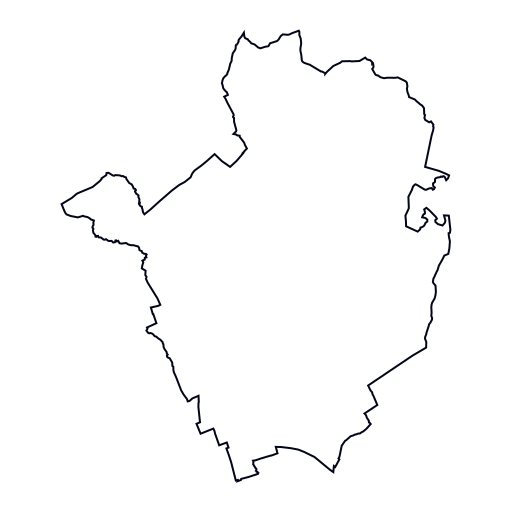 the district of Parjol, Bacau, Romania
{"feature_id": "2599482B60535260634621", "entity_name": "Parjol", "entity_type": "district", "adm_level": 2, "iso_a3": "ROU", "parent_name": "Romania", "parent_adm1": "Bacau", "projection": "albers", "projection_center": [26.599, 46.592], "detail": "fine", "context": "isolated", "style": "outline", "palette": "ink", "viewbox_px": 512, "rotation_deg": 0, "n_neighbors": 0, "source": "geoboundaries", "source_scale": "gbopen_adm2", "svg_char_len": 5980}
<svg xmlns="http://www.w3.org/2000/svg" viewBox="0 0 512 512"><path d="M366.4,428.8L370.7,424.0L369.5,422.5L368.9,422.4L368.8,420.6L366.8,417.7L366.4,416.1L365.7,414.8L364.5,413.5L377.3,405.0L373.5,396.0L372.5,394.2L372.1,392.3L370.5,390.4L368.1,385.5L412.4,355.7L426.1,347.6L426.3,342.0L425.0,338.7L425.2,336.8L426.3,334.2L426.4,333.0L428.8,325.8L429.0,324.4L430.5,322.5L432.0,319.6L432.1,318.1L431.3,315.8L431.6,312.9L431.3,307.1L431.6,304.6L432.1,302.8L434.6,298.5L435.4,295.5L435.9,292.0L435.5,285.6L433.4,283.1L432.9,282.0L433.4,278.6L434.2,277.2L436.8,271.4L437.4,270.6L438.9,265.6L442.4,259.5L444.3,255.6L448.3,253.9L449.4,248.2L449.9,241.4L448.9,236.5L448.6,233.2L449.9,232.8L450.4,229.9L448.8,215.6L444.0,215.4L445.4,220.6L444.9,222.7L442.5,225.5L438.1,224.2L435.5,222.0L435.2,220.2L436.9,218.7L436.0,217.1L429.7,210.6L426.4,207.8L424.2,209.4L424.9,211.9L424.9,213.6L423.4,214.5L422.5,216.3L422.2,217.3L425.4,218.0L427.3,219.6L427.3,221.5L425.6,222.8L424.1,225.8L422.3,227.0L420.5,227.6L420.1,229.4L417.7,231.6L406.1,226.3L405.9,220.7L405.4,215.7L408.7,208.6L408.8,207.2L408.4,196.8L411.7,190.3L413.0,186.6L414.3,185.1L415.4,184.3L416.9,184.9L424.7,189.6L426.1,189.8L429.2,188.4L431.4,188.1L431.9,188.2L432.7,189.7L433.3,189.6L434.1,189.0L434.8,187.5L433.5,186.4L433.2,185.7L433.0,183.7L433.1,183.3L434.7,182.3L435.0,181.6L435.0,179.2L435.8,178.2L437.6,177.5L440.3,177.1L441.0,176.5L442.2,176.9L443.1,176.2L443.7,176.2L444.9,177.2L446.2,180.2L448.0,178.4L449.1,175.4L445.5,173.6L438.7,170.8L425.1,166.9L431.7,135.1L433.1,130.5L433.6,127.3L433.1,126.4L433.4,124.7L431.0,121.4L429.2,122.3L425.2,119.9L424.4,117.9L425.0,115.0L424.2,114.1L424.0,108.2L422.2,105.6L420.3,104.4L416.2,100.9L414.9,99.5L409.1,97.1L408.8,95.6L407.5,92.2L406.9,88.7L407.4,86.3L406.9,83.0L406.7,82.4L405.5,81.2L397.7,77.4L395.3,77.8L387.3,77.7L384.0,78.2L380.4,77.2L377.9,75.4L376.3,75.2L375.3,74.4L372.2,69.0L373.4,67.5L373.5,66.2L373.1,63.6L372.2,64.1L372.2,62.1L370.2,60.2L367.1,59.5L365.2,57.6L359.5,61.0L351.7,61.4L350.1,61.1L342.0,61.3L340.3,62.7L333.3,66.0L327.1,71.7L325.2,73.9L325.2,73.2L321.7,71.4L321.0,71.5L309.9,64.8L304.3,62.9L302.9,62.0L302.2,61.2L301.8,60.1L301.3,55.0L300.4,50.7L300.4,48.5L301.2,43.5L300.7,38.5L299.3,34.9L299.4,32.0L298.8,30.7L292.0,33.2L289.3,34.5L287.9,34.8L282.8,34.4L280.7,36.1L278.6,39.5L277.5,40.7L276.6,41.2L270.0,43.3L268.7,45.8L268.1,46.3L265.4,46.7L260.4,48.3L258.2,47.5L254.5,44.4L251.2,43.3L249.9,41.6L248.6,40.6L247.8,39.3L245.2,38.2L244.3,36.5L243.9,32.7L241.5,36.5L239.1,39.3L238.5,40.5L238.6,41.6L237.6,43.5L236.9,44.6L236.3,44.7L235.8,45.4L235.6,48.7L234.8,50.4L232.8,53.3L231.8,57.8L231.6,61.0L230.2,63.8L228.9,69.5L227.4,73.0L227.3,73.9L226.2,75.4L224.9,76.4L223.4,78.1L222.5,80.3L221.9,83.5L222.4,84.4L223.3,88.4L225.7,91.3L226.9,92.3L227.9,94.9L224.2,96.7L225.6,98.9L227.3,102.6L233.5,114.2L233.7,115.2L233.0,116.7L233.2,117.3L234.0,117.9L234.1,121.9L236.4,130.3L236.1,131.3L233.5,134.0L236.3,134.6L237.2,135.4L239.7,135.7L239.8,137.0L244.1,142.6L245.0,145.1L246.9,148.5L242.8,153.0L243.2,153.2L236.7,160.8L230.1,166.9L221.7,161.0L214.6,154.1L207.0,160.9L201.2,165.7L195.0,170.2L193.7,171.5L192.1,173.8L190.6,177.3L184.7,182.0L179.2,185.0L171.8,190.6L159.7,201.1L150.3,209.6L144.4,214.3L143.2,212.5L142.7,210.9L142.6,209.6L142.0,208.2L141.9,206.7L140.4,206.1L138.9,203.9L139.0,203.1L139.8,203.1L139.9,202.6L139.2,201.3L139.4,199.3L138.4,197.1L138.5,195.4L136.1,193.5L135.1,191.7L135.0,191.3L135.4,191.0L135.4,190.6L135.9,190.2L135.8,189.8L135.1,188.9L133.6,188.5L132.9,186.4L131.7,184.4L129.2,183.0L126.4,179.0L126.0,177.4L124.3,176.9L123.0,176.0L121.6,176.2L119.9,175.4L115.1,175.1L114.4,175.7L112.9,175.5L108.5,172.8L106.5,173.1L106.3,175.1L101.7,178.2L101.8,178.4L101.7,178.8L99.9,181.0L92.6,187.0L77.6,193.3L76.3,194.1L71.9,197.9L61.6,204.1L64.2,210.6L65.5,213.2L66.5,214.4L70.7,216.0L77.9,217.4L83.1,215.8L83.9,216.3L87.6,217.1L90.3,218.7L90.4,219.1L90.8,219.4L93.9,220.5L93.4,222.4L93.5,224.8L92.5,226.8L92.5,227.4L92.5,227.8L93.3,228.5L93.3,229.3L92.9,230.2L93.4,232.8L95.5,235.4L95.5,236.6L96.2,236.8L96.8,236.0L98.0,235.9L98.1,236.6L98.6,237.3L100.9,237.5L103.7,239.6L105.0,239.7L106.1,239.2L108.2,240.8L109.1,241.0L111.6,240.9L113.2,242.5L115.0,242.2L115.3,241.9L115.4,240.5L116.0,240.3L117.0,241.4L118.2,240.8L119.5,243.2L121.5,243.6L126.1,243.0L128.3,244.5L130.9,245.2L133.3,245.2L138.2,246.5L139.2,248.2L139.4,250.0L140.5,250.7L141.7,251.0L142.2,252.6L144.0,253.7L146.1,254.0L146.6,254.5L145.8,256.1L146.4,257.4L144.8,257.9L144.7,259.6L142.4,260.6L143.3,262.5L142.4,265.1L141.8,268.4L145.6,270.7L145.3,275.1L146.5,276.9L146.0,278.9L147.6,282.5L157.5,298.5L160.3,304.8L158.1,305.9L150.9,307.5L152.8,314.1L153.3,314.1L156.4,323.2L147.0,327.5L147.5,328.5L146.4,330.6L148.3,333.0L149.1,333.3L150.4,333.0L151.9,333.5L153.1,334.3L154.7,336.2L156.4,336.7L158.0,338.2L160.3,339.7L162.6,342.1L162.9,343.7L163.4,344.2L163.6,347.0L164.3,348.7L166.7,352.2L166.8,353.7L167.7,354.6L166.9,355.7L167.1,356.6L167.5,357.3L169.8,358.4L172.2,362.6L172.4,366.0L173.3,366.7L173.4,369.9L173.8,372.0L176.2,377.4L181.1,390.2L183.5,394.4L187.0,399.1L187.7,401.4L189.6,400.9L192.4,398.4L198.5,395.8L198.8,402.1L198.5,403.0L198.4,407.0L200.0,422.3L196.5,423.8L200.6,433.7L213.3,428.6L214.5,431.1L215.1,433.7L219.2,445.3L226.8,442.5L228.5,447.6L226.4,448.4L228.7,454.7L231.2,462.4L235.8,480.5L237.6,480.0L237.4,481.3L240.9,480.0L241.2,478.9L248.1,477.1L257.9,473.9L258.3,473.0L257.5,472.6L257.5,472.0L256.5,471.6L256.4,470.9L255.9,470.7L256.4,469.4L256.2,468.6L255.1,467.6L254.9,466.9L254.4,466.5L254.2,465.7L253.2,464.4L253.4,461.6L253.0,460.7L255.5,460.3L260.8,458.5L271.0,455.5L271.3,455.6L277.5,453.3L275.8,446.9L280.9,447.0L291.0,448.2L298.3,449.6L304.3,452.0L314.5,457.0L329.9,469.7L333.3,472.1L333.9,466.0L335.2,467.0L339.4,459.3L338.5,458.5L339.5,456.5L341.7,445.8L345.0,440.9L346.3,440.1L350.7,436.2L353.4,435.4L355.0,434.5L355.8,434.5L358.5,433.5L359.9,433.5L361.5,432.3L363.3,431.4L366.4,428.8Z" fill="none" stroke="#020617" stroke-width="2"/></svg>